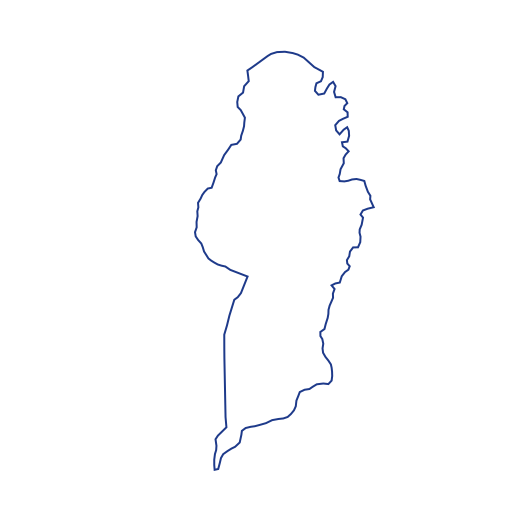 Centralina, Minas Gerais, Brazil, rotated 48°
{"feature_id": "56859067B37414824409198", "entity_name": "Centralina", "entity_type": "district", "adm_level": 2, "iso_a3": "BRA", "parent_name": "Brazil", "parent_adm1": "Minas Gerais", "projection": "robinson", "projection_center": [-49.157, -18.655], "detail": "fine", "context": "isolated", "style": "outline", "palette": "blue", "viewbox_px": 512, "rotation_deg": 48, "n_neighbors": 0, "source": "geoboundaries", "source_scale": "gbopen_adm2", "svg_char_len": 2695}
<svg xmlns="http://www.w3.org/2000/svg" viewBox="0 0 512 512"><g transform="rotate(48 256 256)"><path d="M163.9,83.0L154.6,86.3L140.5,87.8L134.3,90.2L129.8,92.9L123.6,97.8L118.5,104.0L115.9,109.6L115.2,113.4L113.2,132.6L112.4,138.3L116.8,141.3L121.2,144.4L121.9,151.2L125.9,156.3L125.6,162.3L129.0,166.9L133.0,169.9L137.3,169.7L141.2,170.6L145.8,171.7L149.0,175.4L151.6,178.1L154.2,182.0L156.7,186.5L159.2,189.5L159.9,195.1L156.9,200.0L158.3,205.4L159.7,212.1L161.4,216.0L163.0,219.6L163.3,224.7L165.4,228.5L168.8,230.5L170.3,233.8L173.1,238.6L175.6,243.3L173.6,246.7L173.9,251.4L174.7,255.1L176.3,258.8L177.7,263.5L181.3,266.3L183.5,269.7L187.3,272.7L190.9,277.4L195.0,280.9L197.5,285.4L201.1,287.7L205.4,288.3L210.1,288.3L213.9,289.7L217.9,291.6L222.6,292.4L226.0,293.0L229.4,292.4L232.9,291.4L236.7,290.1L240.1,288.1L243.3,285.8L249.1,284.4L261.5,278.1L265.6,276.0L273.5,292.0L274.4,297.1L274.0,301.4L282.4,315.5L288.3,324.2L293.2,332.2L303.7,341.6L310.6,347.7L355.3,386.4L363.5,392.6L364.0,404.5L365.1,408.7L370.6,412.4L373.6,415.5L375.7,419.0L379.4,423.3L383.4,426.9L387.2,429.8L389.0,426.6L385.6,421.4L382.7,417.2L381.3,412.9L381.9,407.7L382.7,403.1L383.8,399.2L383.7,392.9L381.1,389.3L379.0,386.4L376.5,383.5L376.9,378.8L379.4,374.2L381.7,370.8L383.9,366.5L386.9,360.4L388.8,353.8L392.2,348.3L395.0,344.4L396.8,340.2L396.8,335.8L396.1,331.1L394.3,327.0L390.5,322.7L388.1,317.8L386.4,314.5L387.9,309.4L390.6,305.3L391.1,301.5L392.0,296.7L395.8,291.3L399.6,287.9L399.2,283.2L396.2,279.7L392.9,276.9L389.7,274.6L386.7,272.9L382.2,272.2L377.4,271.9L372.8,270.9L369.2,268.4L366.2,264.7L362.1,262.3L358.6,261.7L355.5,259.0L356.1,254.0L353.2,249.7L350.0,244.2L347.5,241.0L344.5,238.1L342.1,234.4L340.4,230.6L338.6,226.7L335.4,224.0L333.1,219.7L328.4,219.5L329.5,215.4L331.8,211.5L328.4,205.8L327.5,200.6L328.0,196.5L326.3,193.2L322.7,193.2L319.9,191.2L318.6,186.9L315.6,183.2L314.6,178.1L317.8,174.4L315.5,169.3L311.6,165.4L308.0,163.5L305.6,161.1L303.5,156.6L299.1,150.8L295.1,150.6L293.7,146.1L295.6,141.3L298.5,135.9L294.4,134.6L290.3,133.3L287.8,130.7L283.2,129.9L277.1,127.5L272.7,125.3L269.2,127.5L266.0,129.8L263.4,133.4L261.8,137.1L259.7,140.4L256.3,143.7L252.9,142.2L251.1,138.9L248.1,135.1L245.8,128.7L241.9,125.5L240.6,121.5L240.2,117.1L236.0,117.2L232.6,118.1L229.0,116.0L232.2,111.5L229.0,106.4L225.1,103.3L221.3,102.1L220.8,106.4L221.5,112.5L216.3,112.4L211.8,109.6L211.1,103.9L212.3,99.4L213.9,94.7L210.5,91.8L205.7,92.6L203.7,89.8L203.5,85.9L199.3,84.7L194.7,86.7L191.3,90.6L186.3,88.2L183.0,83.2L178.2,82.2L177.7,86.7L179.0,91.2L180.9,96.6L177.9,101.7L172.7,101.7L170.2,98.8L168.1,95.5L169.6,90.8L167.7,86.7L163.9,83.0Z" fill="none" stroke="#1e3a8a" stroke-width="2"/></g></svg>